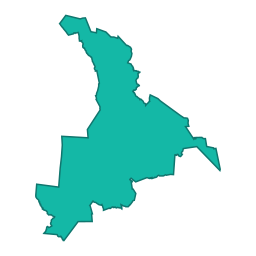 Ahualulco, San Luis Potosí, Mexico
{"feature_id": "50627088B61633980721987", "entity_name": "Ahualulco", "entity_type": "district", "adm_level": 2, "iso_a3": "MEX", "parent_name": "Mexico", "parent_adm1": "San Luis Potosí", "projection": "natural_earth1", "projection_center": [-101.253, 22.473], "detail": "fine", "context": "isolated", "style": "filled", "palette": "teal", "viewbox_px": 256, "rotation_deg": 0, "n_neighbors": 0, "source": "geoboundaries", "source_scale": "gbopen_adm2", "svg_char_len": 5543}
<svg xmlns="http://www.w3.org/2000/svg" viewBox="0 0 256 256"><path d="M160.3,100.9L157.9,98.6L150.2,94.9L149.4,98.2L149.5,98.5L149.5,101.0L149.7,101.4L148.6,102.1L147.5,103.6L146.6,104.0L145.9,105.2L145.7,105.4L145.7,104.9L145.6,104.2L145.3,103.7L145.0,103.4L144.2,103.4L143.9,102.9L142.9,101.0L140.9,99.2L140.5,99.5L139.8,99.6L139.8,99.3L140.0,99.1L139.6,98.7L138.4,97.9L138.2,97.9L137.0,96.6L136.1,96.3L135.8,96.0L134.7,93.3L134.2,92.6L133.6,92.6L133.4,91.9L132.9,91.4L133.3,91.0L133.2,90.9L133.3,90.5L133.9,90.0L134.7,90.1L134.9,90.3L135.8,89.6L135.7,89.5L135.9,89.4L136.2,89.2L136.4,87.6L136.9,87.4L136.9,87.2L137.4,86.7L137.5,86.4L137.8,86.2L138.1,86.3L138.5,85.9L139.3,85.7L139.3,85.4L138.9,85.2L138.0,84.3L136.7,83.8L136.5,82.6L135.9,80.4L136.0,80.1L136.3,79.8L136.7,78.8L137.0,78.6L137.2,78.3L137.5,78.0L137.9,77.9L138.3,76.4L138.1,75.4L138.2,75.1L137.9,73.8L138.1,73.1L138.6,72.9L138.8,73.0L139.8,72.4L139.8,72.1L139.4,72.1L138.6,71.7L138.2,71.3L136.9,71.2L136.5,70.9L136.3,71.2L135.4,70.7L133.9,70.6L133.7,70.7L133.4,69.9L133.6,70.0L133.8,69.9L133.6,69.4L133.6,69.2L133.3,67.8L133.1,67.5L132.9,67.3L132.9,67.0L132.5,66.1L132.1,66.0L131.9,65.8L131.1,64.1L127.7,62.8L128.6,60.6L129.7,60.0L130.3,58.9L131.4,56.3L131.9,53.5L131.1,51.2L131.5,49.2L130.5,47.3L127.5,45.4L126.6,45.5L118.1,36.3L117.7,38.3L113.8,37.0L112.5,37.1L111.8,36.9L111.0,37.1L105.9,32.0L96.8,28.7L96.4,32.8L90.9,31.7L85.4,17.9L82.7,18.1L80.2,18.9L65.8,15.4L59.6,23.7L60.2,24.3L61.0,25.6L62.5,27.5L62.9,27.8L63.6,28.9L66.0,31.7L67.2,33.5L68.5,35.1L73.5,33.8L73.8,33.0L74.8,32.8L74.9,33.1L75.1,33.3L75.6,32.9L76.4,32.9L78.1,32.4L78.4,33.1L79.0,35.4L79.2,36.8L79.1,38.2L79.5,41.0L80.1,40.8L80.4,41.0L81.3,40.8L81.0,41.3L81.5,41.5L81.8,41.8L83.0,43.3L83.1,43.7L83.2,44.2L82.8,44.8L82.7,45.5L82.8,46.9L82.9,47.3L83.4,47.7L83.5,48.0L84.5,48.1L84.5,48.4L84.8,49.1L85.3,50.2L85.4,50.5L86.0,50.8L86.1,51.0L86.1,51.7L86.4,52.6L86.8,52.9L86.8,53.3L87.1,53.6L87.6,53.9L87.7,54.3L87.8,54.5L88.9,55.6L89.5,55.7L90.4,56.6L90.7,56.6L91.0,56.8L91.2,57.4L91.6,57.5L91.9,58.4L91.9,59.1L92.2,59.6L92.3,60.3L92.3,60.7L92.5,61.6L93.1,62.3L93.8,64.2L94.1,64.3L94.4,65.4L94.9,66.1L95.1,67.0L94.8,67.3L94.4,68.0L94.4,68.5L94.5,69.0L95.1,69.7L95.4,70.8L95.4,71.1L96.2,71.0L96.1,70.6L96.8,70.6L99.1,82.0L99.4,83.2L99.2,83.7L98.7,83.9L98.7,86.2L97.6,90.8L96.6,93.3L96.4,95.3L95.6,95.7L96.2,97.1L96.4,97.9L96.4,98.7L96.4,98.9L96.5,99.0L96.1,99.4L99.8,106.3L100.0,106.8L100.0,107.4L99.9,108.7L100.0,109.3L100.2,109.9L87.4,129.5L88.1,137.8L61.8,136.3L62.3,145.0L61.5,156.7L60.2,168.1L58.7,187.1L36.7,184.2L35.8,195.3L35.9,196.8L36.1,197.3L36.9,198.5L37.7,199.2L38.4,199.8L38.7,200.3L39.0,201.9L39.6,202.0L39.6,203.1L40.0,203.8L40.0,204.1L40.1,204.3L40.4,204.3L40.4,204.6L40.6,204.5L40.8,205.3L41.2,206.4L42.2,207.6L42.9,208.0L43.0,208.2L43.0,208.4L42.5,208.8L42.4,208.9L43.7,209.9L44.4,210.2L44.6,210.1L45.1,210.4L45.6,210.5L46.0,210.8L46.4,210.9L46.7,211.4L47.1,211.7L47.4,212.9L47.3,213.6L48.1,214.2L48.6,214.9L49.2,214.8L50.1,214.9L50.5,214.9L50.7,214.7L51.3,214.7L52.1,215.5L52.6,215.9L53.6,216.4L54.6,216.7L54.4,217.5L53.5,218.1L52.9,218.3L52.9,218.5L51.9,219.5L51.4,220.0L51.3,220.6L51.3,221.8L50.8,222.7L50.6,223.3L50.7,224.1L51.8,225.7L51.8,226.0L51.7,226.2L50.8,226.5L49.8,227.2L48.8,227.6L48.6,227.5L48.4,227.2L47.7,226.5L47.1,226.7L46.7,227.5L46.5,228.4L46.6,229.4L46.1,229.8L45.9,230.8L45.6,231.5L45.3,231.9L44.7,232.3L43.9,233.4L57.2,234.6L57.8,236.1L58.7,236.7L60.7,236.6L60.9,236.3L61.1,236.5L61.3,237.4L62.0,237.9L62.1,238.6L62.4,239.2L62.7,239.6L63.0,239.5L63.1,239.9L63.3,240.1L63.3,240.5L63.9,240.6L78.1,221.6L92.2,221.5L91.6,214.1L92.4,213.9L90.1,205.7L89.8,205.5L93.0,201.1L93.8,202.0L94.7,202.3L95.7,202.4L97.0,203.4L99.0,204.7L101.4,205.2L101.4,204.7L101.8,204.5L101.9,205.1L102.1,205.4L102.4,205.5L103.0,207.7L103.4,208.3L103.4,208.6L103.6,209.2L103.5,209.4L103.5,210.3L109.3,208.1L109.9,208.5L110.7,208.3L111.3,207.5L112.6,206.9L113.1,207.0L113.3,207.5L113.9,207.5L114.1,207.3L114.4,207.2L114.7,207.3L114.9,207.1L115.1,207.0L115.8,207.7L116.2,207.7L116.6,207.9L117.3,207.4L118.9,207.7L119.2,207.9L119.4,207.8L121.0,207.9L121.3,208.5L121.8,208.9L121.9,208.2L121.0,204.6L121.9,205.0L122.9,205.8L125.5,206.4L125.7,206.7L128.2,206.7L128.8,206.0L129.7,205.3L129.6,205.0L129.6,204.9L130.6,204.2L132.3,201.9L132.8,200.9L133.1,200.7L133.5,200.5L133.7,200.4L134.3,200.3L135.8,193.5L133.1,189.1L132.3,189.1L131.1,181.4L132.0,181.9L132.3,181.3L131.8,181.3L131.6,180.9L130.7,180.4L130.4,179.9L130.1,179.6L129.8,179.6L129.8,179.4L131.1,178.2L135.7,181.9L147.0,177.6L149.0,178.3L149.9,178.0L149.9,178.4L150.8,178.3L151.0,177.7L152.0,177.5L152.1,178.5L152.4,178.4L153.5,178.0L154.1,177.9L154.9,177.2L155.5,177.5L156.3,177.2L156.9,176.8L157.6,175.8L158.6,175.3L158.9,175.3L159.5,175.9L163.2,175.9L163.7,175.8L165.5,174.8L166.3,175.2L170.5,174.4L173.5,174.6L174.9,154.9L175.2,154.7L175.7,154.8L175.7,155.1L176.3,155.3L177.1,154.4L177.6,154.3L178.2,154.6L178.2,155.2L178.6,155.7L179.0,156.0L180.2,156.5L180.6,156.5L181.8,155.1L182.3,154.3L181.6,154.0L181.4,153.7L181.6,152.5L181.8,152.2L182.0,151.7L182.7,151.2L183.3,148.6L185.7,148.2L196.8,146.6L219.9,170.5L220.2,169.3L215.9,148.4L213.8,148.8L213.6,147.9L206.7,146.5L205.4,138.6L204.2,138.7L203.9,138.5L203.6,138.6L202.4,138.0L201.9,137.4L196.1,137.5L195.9,138.4L195.5,138.3L195.6,138.5L195.4,138.5L195.3,138.8L194.9,138.7L195.2,137.6L194.3,137.6L194.3,138.4L193.8,139.2L185.5,126.6L188.8,126.3L188.0,123.3L188.3,120.4L187.5,118.3L186.1,118.0L183.9,117.9L179.9,115.2L160.3,100.9Z" fill="#14b8a6" stroke="#0f766e" stroke-width="1.5"/></svg>